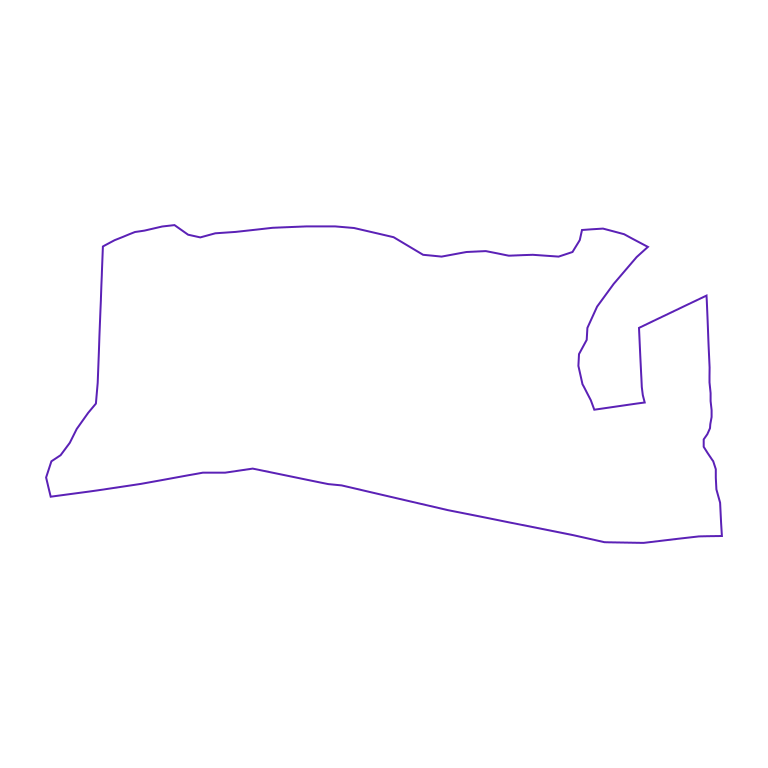 Nduga, Papua, Indonesia
{"feature_id": "22746128B7624163664321", "entity_name": "Nduga", "entity_type": "district", "adm_level": 2, "iso_a3": "IDN", "parent_name": "Indonesia", "parent_adm1": "Papua", "projection": "orthographic", "projection_center": [138.356, -4.436], "detail": "fine", "context": "isolated", "style": "outline", "palette": "violet", "viewbox_px": 768, "rotation_deg": 0, "n_neighbors": 0, "source": "geoboundaries", "source_scale": "gbopen_adm2", "svg_char_len": 2161}
<svg xmlns="http://www.w3.org/2000/svg" viewBox="0 0 768 768"><path d="M721.9,536.0L721.1,523.0L720.2,504.6L720.1,502.7L716.4,489.4L715.8,477.7L715.8,469.2L713.3,461.5L713.2,461.2L712.1,459.7L707.4,452.7L704.5,448.1L703.7,446.8L703.7,442.3L703.7,439.4L707.4,434.1L707.9,432.9L708.1,432.5L710.0,428.2L710.3,424.2L711.6,417.0L711.6,410.1L710.6,401.1L710.6,393.1L709.5,382.4L709.5,381.0L709.5,376.2L709.6,367.5L708.7,347.9L708.6,345.8L708.4,340.9L707.9,327.5L707.5,317.5L706.8,300.9L706.5,295.6L688.0,304.4L653.3,321.0L639.6,327.6L639.0,327.9L639.6,341.1L640.3,356.4L640.7,364.5L641.2,374.7L641.4,378.2L641.8,387.1L642.8,395.1L644.7,402.5L637.2,403.5L629.5,404.6L607.5,407.8L599.9,408.9L594.3,409.7L590.8,400.2L588.2,395.2L583.8,386.6L582.5,384.3L578.4,365.9L579.0,354.1L584.2,344.5L586.7,339.9L587.4,327.9L597.1,306.6L610.1,288.8L613.6,284.0L636.6,257.1L647.9,246.9L632.2,238.6L624.1,234.2L612.9,231.2L603.0,228.6L591.6,229.3L582.0,230.0L579.8,240.0L578.7,241.9L574.2,249.2L572.5,252.0L564.7,254.6L558.6,256.6L532.8,254.8L523.5,255.1L516.3,255.4L508.9,255.7L506.8,255.3L497.0,253.3L485.8,251.1L479.1,251.4L466.5,252.0L462.6,252.7L441.6,256.6L432.6,255.7L423.1,254.8L393.6,237.2L378.2,233.6L354.0,228.0L335.1,226.4L317.1,226.4L306.5,226.4L279.5,227.5L272.5,227.8L258.4,229.4L235.7,231.9L215.3,233.3L200.3,237.4L191.7,235.5L188.1,234.7L174.5,225.1L162.2,226.5L154.0,228.4L144.5,230.6L139.9,231.3L135.0,232.0L129.4,234.2L122.9,236.9L114.6,240.2L109.9,242.7L104.3,245.7L102.9,246.5L101.9,272.1L101.8,275.3L101.4,284.9L100.9,299.1L100.9,299.8L100.4,311.4L99.4,336.6L99.2,342.7L98.9,351.5L97.7,382.8L95.9,403.6L88.2,412.8L82.3,421.1L76.7,429.0L69.8,442.8L60.6,455.2L51.4,461.3L46.1,477.5L47.6,483.8L48.3,486.8L50.7,496.7L69.3,494.2L88.8,491.6L97.4,490.4L130.2,485.5L140.8,483.9L161.9,480.1L188.1,475.3L196.1,473.9L202.7,472.7L224.9,472.7L252.7,468.6L277.5,473.7L306.6,479.7L320.3,482.5L328.3,484.1L341.6,485.4L357.1,489.0L365.6,491.0L404.7,500.1L447.7,510.1L455.8,511.7L484.5,517.4L495.9,519.7L508.2,522.2L572.9,535.1L573.4,535.2L604.5,542.2L608.4,542.3L643.5,542.9L677.8,538.8L699.0,536.4L707.7,536.2L721.9,536.0Z" fill="none" stroke="#5b21b6" stroke-width="2"/></svg>